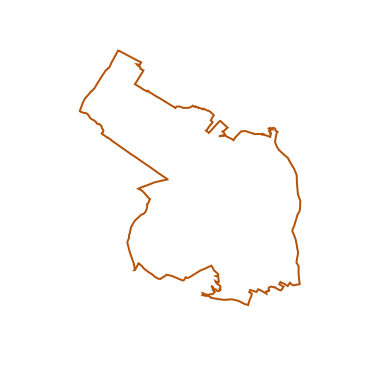 outline of Bucovat, Dolj, Romania, rotated 30°
{"feature_id": "2599482B36791492645492", "entity_name": "Bucovat", "entity_type": "district", "adm_level": 2, "iso_a3": "ROU", "parent_name": "Romania", "parent_adm1": "Dolj", "projection": "orthographic", "projection_center": [23.683, 44.282], "detail": "fine", "context": "isolated", "style": "outline", "palette": "amber", "viewbox_px": 384, "rotation_deg": 30, "n_neighbors": 0, "source": "geoboundaries", "source_scale": "gbopen_adm2", "svg_char_len": 5993}
<svg xmlns="http://www.w3.org/2000/svg" viewBox="0 0 384 384"><g transform="rotate(30 192 192)"><path d="M181.1,288.5L181.5,288.2L181.6,287.5L181.5,282.2L181.3,280.9L181.2,280.6L181.6,280.4L186.1,281.3L187.3,281.9L189.7,282.5L194.5,283.1L199.2,283.3L202.5,284.0L204.3,283.9L205.4,284.2L206.4,283.7L207.9,283.3L208.2,283.0L208.5,282.4L208.8,281.4L209.3,280.7L209.9,279.4L210.4,278.8L210.8,277.8L211.1,276.8L211.4,276.4L212.4,276.1L213.9,275.5L216.9,274.7L228.3,273.3L228.9,272.6L229.2,271.5L229.2,270.5L229.1,269.4L229.1,269.0L229.3,268.9L230.6,268.9L231.3,268.5L231.8,268.1L233.7,265.0L233.9,264.2L235.5,261.5L238.2,256.3L239.6,254.3L242.3,250.9L243.7,248.6L244.7,247.5L245.6,246.1L247.3,247.0L250.4,248.9L255.6,250.0L256.3,250.9L256.3,251.6L255.8,252.1L255.0,252.6L254.8,252.8L256.3,252.6L257.5,252.6L258.3,254.0L259.9,255.9L260.1,256.3L260.1,256.7L260.0,256.8L259.1,257.1L258.6,257.5L256.9,257.5L257.7,258.2L259.5,258.9L260.5,258.8L261.5,259.1L262.8,259.1L263.5,259.3L263.9,259.6L264.0,260.0L264.4,260.7L264.2,262.0L265.3,262.0L265.5,262.1L265.4,263.7L263.6,265.1L261.7,264.4L261.1,264.8L259.2,264.7L258.3,264.2L257.1,263.7L255.6,263.5L256.8,264.3L257.8,265.0L258.9,265.6L258.7,265.9L258.9,266.4L259.9,266.4L260.5,266.7L261.0,267.3L261.6,267.1L261.7,267.4L261.5,268.4L261.1,269.6L260.9,270.0L260.0,270.8L258.9,271.4L258.3,271.9L258.1,272.5L255.8,273.7L253.7,274.0L252.1,274.1L251.8,274.2L252.5,274.6L252.7,275.2L252.5,276.1L253.3,276.0L254.2,275.3L255.6,275.2L256.1,275.1L256.6,274.4L258.1,273.8L260.0,273.8L260.9,273.7L261.4,274.1L263.7,273.3L266.9,272.1L267.7,272.0L270.1,270.8L271.9,270.2L273.6,269.4L274.9,268.5L276.2,267.8L277.8,266.6L279.8,265.2L283.2,264.0L287.1,263.0L293.4,262.7L294.3,262.6L295.6,262.1L297.1,261.9L296.1,257.8L295.6,254.5L295.7,253.3L295.5,252.7L295.0,251.5L294.8,250.8L294.8,250.3L294.5,250.0L291.7,250.2L291.4,247.7L292.1,247.6L294.0,247.1L297.3,246.5L297.9,246.2L297.9,243.2L301.7,242.8L307.4,242.8L306.0,240.9L308.1,239.2L307.9,238.4L307.7,238.2L306.8,237.8L306.4,236.4L307.3,234.9L308.3,234.1L310.6,233.7L310.8,233.2L311.9,233.1L314.1,233.3L317.2,233.1L318.2,232.8L318.6,230.9L318.7,230.6L318.5,230.2L318.6,228.2L317.6,228.4L313.6,228.2L313.6,225.7L315.3,225.7L318.1,225.3L321.9,225.6L322.2,221.6L325.0,222.3L326.1,222.2L326.7,222.0L331.4,217.9L329.2,215.2L324.8,208.9L321.5,203.0L317.7,200.8L316.0,196.5L314.6,192.1L312.7,189.6L311.7,188.7L309.3,185.6L305.5,181.3L302.3,178.6L298.9,176.1L298.1,174.9L297.7,173.9L297.6,171.0L296.5,166.4L295.7,162.7L294.7,159.0L294.7,154.6L293.7,152.1L290.1,145.3L285.0,141.2L278.0,131.2L274.3,125.1L268.9,120.9L262.5,117.4L258.0,114.6L253.5,113.8L246.1,112.1L242.5,110.1L238.9,107.2L236.9,101.9L235.9,98.6L235.8,97.5L235.9,97.2L233.6,97.1L233.3,96.8L232.8,95.9L232.3,95.6L231.4,95.5L230.0,96.0L229.9,96.2L229.7,97.1L230.1,97.2L230.3,97.4L229.5,97.6L228.9,97.3L228.6,97.3L228.8,97.6L229.6,98.0L229.4,98.1L228.5,97.6L228.1,97.6L227.8,97.9L227.4,97.9L228.6,98.3L228.7,98.5L227.9,98.4L227.1,98.1L226.8,98.3L226.7,98.8L228.1,99.0L228.5,99.2L229.0,100.2L228.8,100.4L228.2,100.7L228.2,100.8L228.3,100.9L229.6,101.3L230.1,101.8L230.1,101.1L230.3,101.1L231.2,101.8L231.3,102.7L231.6,103.6L231.9,103.9L232.2,105.1L231.1,105.4L228.3,105.8L225.8,106.6L225.6,106.5L225.2,106.0L224.9,105.9L224.1,106.4L224.2,107.1L224.0,107.4L223.7,107.4L223.2,107.1L222.4,107.4L221.2,108.2L218.9,109.5L218.6,109.8L217.2,110.6L215.9,110.8L215.5,110.6L214.6,111.1L213.2,111.3L211.6,111.8L210.6,112.0L209.2,112.1L208.2,112.4L205.9,113.7L205.6,114.1L204.5,114.6L204.2,115.2L202.2,123.0L202.2,124.9L202.0,126.4L200.1,126.2L194.5,126.6L193.3,126.4L193.0,126.4L188.3,129.7L188.2,129.4L188.4,129.2L189.4,128.4L191.2,126.8L192.0,125.8L189.8,124.6L188.2,124.4L188.3,124.1L188.8,123.7L189.2,122.9L189.3,122.3L190.7,118.5L180.9,116.3L180.5,116.9L178.9,123.6L177.8,129.1L177.0,132.4L175.2,132.0L173.4,131.9L173.9,130.5L173.9,128.8L174.1,127.8L174.3,125.1L174.8,123.1L175.0,121.3L174.8,121.1L172.7,120.7L172.4,120.5L172.4,117.2L172.5,114.6L170.7,114.0L167.6,113.4L166.1,113.3L165.4,113.4L164.7,113.8L162.5,113.9L161.2,114.3L160.8,114.5L160.8,114.0L160.5,114.0L160.2,114.1L160.1,114.5L159.0,115.1L157.6,115.2L156.5,115.5L155.8,115.9L155.1,115.9L154.8,115.6L154.5,116.0L153.7,116.3L153.1,116.3L152.6,116.0L152.0,116.2L152.0,116.9L150.4,117.0L149.5,116.9L149.3,117.8L148.8,118.4L148.5,119.0L146.7,121.0L143.8,122.7L141.8,123.7L139.4,124.0L137.8,124.5L135.8,125.9L135.7,126.1L135.7,127.5L118.6,127.0L110.1,127.0L108.2,126.8L107.1,126.9L106.1,126.8L104.0,126.5L103.6,126.2L103.2,126.3L103.2,127.2L100.5,127.5L98.2,127.5L95.2,127.3L88.7,127.2L89.2,113.6L89.1,111.0L85.7,111.1L85.4,110.7L85.2,110.0L84.9,109.9L81.5,109.4L80.3,109.0L80.8,108.8L83.2,108.3L83.0,105.1L80.1,105.4L58.5,106.2L57.2,106.6L57.3,107.5L57.6,120.7L57.9,122.5L58.1,125.8L57.9,126.1L57.4,126.6L57.4,127.5L57.3,128.0L56.5,129.5L56.0,138.0L55.7,147.1L55.8,150.3L55.2,152.6L54.9,154.4L54.0,155.7L54.2,156.5L52.9,162.9L52.7,164.3L52.6,165.5L52.8,168.9L54.3,178.0L55.6,178.2L56.8,177.9L58.0,177.8L60.4,176.8L62.1,176.6L64.0,177.3L66.4,178.6L67.5,179.0L69.0,179.1L71.3,179.0L72.7,179.2L73.6,179.3L74.7,179.9L75.4,180.2L76.1,180.2L77.4,179.6L77.8,179.5L78.2,179.6L79.3,179.9L80.0,179.9L80.9,180.3L81.4,180.9L81.6,181.4L81.9,181.7L82.7,182.0L84.4,182.9L84.6,183.3L84.6,183.9L85.1,184.6L84.9,185.3L84.5,186.1L84.3,186.3L83.8,186.5L87.6,186.9L91.4,187.1L91.4,187.3L91.7,187.3L91.8,187.0L94.4,187.1L95.6,187.2L95.9,187.3L96.1,187.6L96.5,187.6L121.3,189.8L125.7,190.0L132.1,190.6L144.0,191.5L153.8,192.5L156.5,192.6L161.0,193.0L164.2,193.2L164.5,193.4L158.2,199.1L154.9,202.2L149.9,208.5L146.9,212.0L143.8,216.0L145.1,216.0L147.4,215.8L148.3,216.0L151.0,216.6L157.4,218.9L159.2,219.1L159.7,225.1L159.3,225.3L160.3,226.7L160.9,228.1L161.5,230.8L161.6,232.4L161.2,234.6L160.7,235.5L160.1,236.1L159.4,237.1L156.8,245.4L156.8,252.4L157.9,256.6L158.9,259.0L158.9,260.6L160.4,263.3L160.8,266.3L161.0,267.4L161.7,268.6L168.4,275.4L177.5,283.2L181.2,287.5L181.1,288.5Z" fill="none" stroke="#b45309" stroke-width="2"/></g></svg>